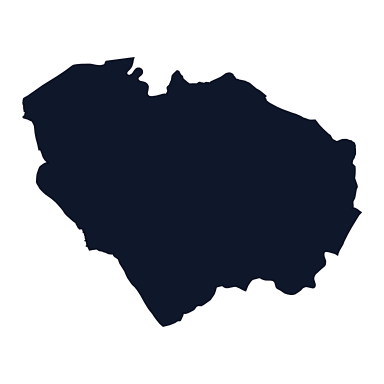 outline of Maha Chana Chai, Yasothon, Thailand
{"feature_id": "78962969B6297471410312", "entity_name": "Maha Chana Chai", "entity_type": "district", "adm_level": 2, "iso_a3": "THA", "parent_name": "Thailand", "parent_adm1": "Yasothon", "projection": "mercator", "projection_center": [104.234, 15.506], "detail": "fine", "context": "isolated", "style": "filled", "palette": "ink", "viewbox_px": 384, "rotation_deg": 0, "n_neighbors": 0, "source": "geoboundaries", "source_scale": "gbopen_adm2", "svg_char_len": 5773}
<svg xmlns="http://www.w3.org/2000/svg" viewBox="0 0 384 384"><path d="M133.7,57.9L106.2,61.5L105.7,62.3L104.8,64.7L104.6,64.9L101.2,65.8L99.3,65.9L96.5,65.6L92.8,64.9L91.4,64.6L89.9,64.4L81.8,64.5L76.9,64.9L74.3,65.3L73.0,65.8L71.6,66.7L65.9,71.0L62.5,73.3L57.4,76.7L42.9,85.7L28.3,96.0L27.7,96.3L23.9,98.5L23.4,99.9L23.3,100.4L23.3,102.0L23.0,103.0L23.3,103.6L23.3,104.3L24.0,104.8L23.7,105.9L24.0,106.7L23.8,108.1L24.2,109.7L24.3,111.2L24.5,111.4L25.3,111.4L25.6,111.5L25.8,112.5L25.2,113.3L24.9,115.1L25.0,115.8L24.9,116.0L24.7,116.2L24.1,116.2L23.7,116.4L23.2,116.9L23.2,117.2L23.5,117.6L24.0,117.8L27.6,118.8L30.7,120.3L31.1,120.0L32.2,121.1L33.5,123.3L34.4,125.3L34.7,126.4L35.3,132.6L36.3,138.1L38.0,144.4L39.1,149.7L40.5,149.2L42.0,153.0L43.1,156.4L43.8,157.7L45.1,159.8L46.9,161.4L48.0,162.6L45.6,163.3L43.6,164.3L40.3,166.7L39.8,167.5L38.9,169.6L37.4,174.0L37.1,175.8L36.7,181.5L36.9,182.8L37.5,184.0L38.5,185.5L40.0,188.2L41.6,190.0L43.3,191.7L45.6,193.8L51.9,198.3L56.2,202.0L61.7,208.2L63.5,210.5L64.9,212.9L67.0,215.2L73.1,220.6L75.9,222.6L76.6,224.4L77.4,225.6L78.5,227.9L79.3,227.9L79.6,228.8L81.7,228.5L82.0,228.7L82.5,228.6L82.6,228.9L83.0,229.1L83.1,229.3L82.9,229.8L83.1,230.7L83.7,231.4L83.3,232.2L83.9,232.8L84.4,232.8L84.6,233.0L84.8,233.8L84.7,234.6L84.8,235.2L84.9,235.4L85.5,235.5L85.3,237.0L85.5,238.3L86.1,238.7L86.1,239.4L86.4,239.9L86.3,240.1L86.1,240.2L85.9,240.2L85.7,240.0L85.2,240.7L85.4,240.8L86.4,240.9L86.7,241.2L86.7,242.9L86.9,243.7L87.0,245.2L86.5,246.0L86.9,246.2L87.6,246.1L87.9,246.3L88.1,246.9L88.6,247.0L88.8,247.3L88.6,247.7L88.7,248.0L89.5,249.9L91.9,249.4L96.5,248.8L97.0,248.9L98.9,250.2L99.5,250.5L100.8,250.6L102.9,251.1L104.0,251.7L106.1,252.2L107.9,253.2L109.2,253.6L113.6,253.9L113.9,255.5L114.7,256.3L118.2,258.7L118.6,259.3L120.0,263.2L124.9,271.0L126.3,274.4L127.8,277.6L132.0,283.7L133.5,285.3L134.8,286.4L137.7,290.0L140.8,294.8L144.7,301.9L148.5,308.1L150.5,310.8L151.3,311.7L152.2,312.9L152.5,313.2L154.5,316.3L157.2,319.9L160.0,323.3L163.1,326.1L169.8,324.4L174.8,322.4L176.8,321.0L177.8,320.6L178.3,320.4L179.4,320.6L180.0,320.5L180.5,320.0L182.5,315.6L183.3,312.9L183.6,312.8L185.1,313.3L185.5,313.2L187.9,312.5L190.4,311.3L193.4,309.7L193.8,309.4L195.0,307.9L196.0,306.4L196.8,306.0L197.6,305.4L198.7,305.3L200.7,305.5L201.2,305.5L202.1,305.1L203.5,304.3L210.2,299.5L213.6,294.6L214.2,293.5L215.2,290.7L216.0,287.5L216.4,286.9L217.1,286.6L221.5,285.5L222.1,285.5L223.1,285.8L224.2,286.8L225.4,287.3L227.2,287.5L229.1,287.2L234.3,286.1L235.9,286.1L239.6,287.6L243.0,289.5L245.6,290.6L247.6,285.5L250.3,281.4L252.0,279.6L252.6,279.2L258.2,277.7L259.8,277.4L261.9,278.6L263.6,279.3L265.7,279.8L270.7,279.9L272.1,280.1L273.4,280.5L274.8,281.9L275.4,283.5L276.1,286.2L276.5,287.3L277.0,287.9L277.8,288.5L280.6,289.9L284.6,292.7L287.6,293.7L289.2,294.0L291.0,294.3L292.8,294.2L294.3,293.9L295.1,293.6L298.2,291.6L300.3,290.1L302.5,287.7L304.1,286.9L305.2,286.5L306.4,286.3L312.9,287.7L313.8,287.5L314.5,286.9L314.9,286.1L315.1,285.1L314.9,283.9L313.5,279.3L313.6,277.3L314.1,275.9L315.3,273.8L320.1,269.4L324.5,265.6L325.2,264.3L325.4,262.4L325.4,260.9L324.0,257.0L323.7,255.0L323.8,252.9L324.0,252.3L324.6,251.7L325.8,251.1L326.8,251.2L328.7,251.5L335.1,253.3L338.2,255.3L337.3,254.6L339.3,249.9L342.6,244.3L343.9,240.9L347.3,234.1L351.1,227.3L358.1,215.8L358.8,214.7L361.0,212.4L359.7,211.6L357.0,209.5L354.5,208.3L353.5,208.1L352.4,208.1L353.0,206.0L352.7,203.3L352.8,201.2L353.1,200.5L354.2,198.6L354.4,198.1L354.8,196.6L356.1,189.1L356.3,188.6L357.0,187.3L357.1,186.4L356.7,184.9L355.4,181.1L354.5,178.7L354.4,178.2L354.9,173.9L355.0,169.3L354.8,166.6L352.1,164.0L352.0,163.8L352.0,162.7L352.4,160.4L352.8,159.5L354.0,157.7L354.4,156.2L355.1,154.5L355.3,154.0L355.3,151.5L355.3,149.8L355.0,147.4L355.1,145.7L354.3,143.3L353.7,142.7L353.1,142.4L352.3,142.1L351.3,141.0L349.2,140.7L347.7,140.0L346.3,139.6L342.5,139.7L340.8,140.3L337.0,141.8L336.6,141.8L335.9,141.5L334.6,140.7L333.1,140.0L332.4,139.5L331.6,138.4L330.3,135.9L329.8,135.3L328.4,134.5L323.0,129.5L319.1,125.4L315.1,120.2L311.2,120.4L309.6,120.3L307.9,119.8L304.9,118.7L303.5,118.4L300.5,116.6L295.6,114.5L292.0,113.4L287.7,111.8L282.2,109.8L276.8,107.4L269.4,103.4L267.2,101.8L265.8,100.4L265.5,99.6L265.8,99.2L264.4,98.0L265.1,96.9L265.8,96.1L261.1,92.2L258.9,90.6L256.1,89.1L249.6,83.6L248.3,82.9L246.3,82.1L245.0,81.4L239.4,80.3L238.9,80.3L238.1,79.7L235.6,79.2L234.6,77.2L233.2,75.9L233.0,75.5L233.0,75.0L232.7,74.5L230.9,73.5L230.4,73.3L229.0,73.1L228.5,73.2L226.1,73.8L222.4,76.5L220.6,77.6L218.0,78.8L211.1,81.9L210.8,82.2L210.4,83.0L210.2,83.2L209.9,83.2L208.7,82.8L207.3,82.8L206.5,82.6L205.8,82.7L205.0,83.2L204.0,83.5L201.7,83.0L201.2,83.1L200.1,82.6L199.5,82.5L198.9,82.7L198.3,83.1L197.0,84.1L193.5,84.0L189.7,84.2L188.9,83.9L186.7,82.2L184.8,80.5L184.2,80.1L182.8,78.7L182.6,78.2L182.4,76.7L182.1,76.2L181.6,75.9L180.4,74.8L180.2,74.2L179.7,73.6L178.8,71.6L177.9,71.1L177.1,70.9L174.1,73.7L172.6,75.4L172.3,76.0L172.0,77.7L171.7,80.1L171.0,81.6L169.7,84.9L169.4,85.3L167.6,87.0L167.3,87.6L167.4,88.9L167.9,90.2L167.9,91.0L167.6,92.1L166.2,94.6L165.5,94.4L164.6,94.3L163.0,94.5L156.9,96.2L152.3,96.9L150.0,96.8L149.3,96.6L148.9,96.4L147.7,95.2L147.5,94.9L147.1,93.7L147.1,92.8L147.9,88.9L148.1,86.8L148.0,86.2L147.2,84.6L146.5,83.8L145.0,82.8L143.6,82.3L140.1,81.6L139.4,81.2L138.4,80.3L137.9,79.5L137.8,79.0L137.9,78.1L138.2,77.2L138.5,76.9L141.0,74.8L141.8,73.8L142.2,73.0L142.3,72.5L142.3,71.2L142.1,70.4L141.4,69.4L140.2,68.6L139.4,68.3L137.8,68.3L136.5,68.7L135.0,70.3L132.5,73.9L131.7,74.5L129.5,75.6L128.8,75.6L127.6,75.1L127.0,74.7L126.7,74.2L126.5,73.2L126.7,72.2L126.8,71.8L127.1,71.4L130.1,68.3L130.6,67.6L131.5,66.1L131.9,65.1L132.5,63.1L133.2,59.4L133.7,57.9Z" fill="#0f172a" stroke="#020617" stroke-width="1.5"/></svg>